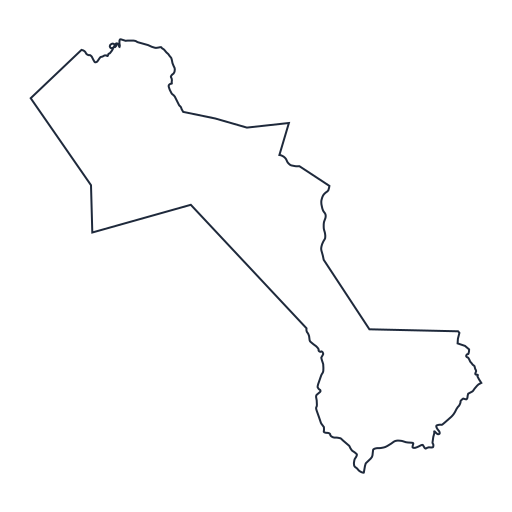 outline of Concepción, Copán, Honduras
{"feature_id": "27666195B32287838652437", "entity_name": "Concepción", "entity_type": "district", "adm_level": 2, "iso_a3": "HND", "parent_name": "Honduras", "parent_adm1": "Copán", "projection": "orthographic", "projection_center": [-88.87, 14.863], "detail": "fine", "context": "isolated", "style": "outline", "palette": "slate", "viewbox_px": 512, "rotation_deg": 0, "n_neighbors": 0, "source": "geoboundaries", "source_scale": "gbopen_adm2", "svg_char_len": 5947}
<svg xmlns="http://www.w3.org/2000/svg" viewBox="0 0 512 512"><path d="M481.3,382.9L479.0,379.3L477.5,376.5L477.5,376.0L477.8,375.4L477.8,375.0L477.5,374.8L477.0,374.7L475.7,374.5L475.4,374.2L475.3,373.8L475.3,373.4L476.1,371.3L476.1,370.9L475.8,370.0L475.2,368.9L474.5,366.2L473.8,365.5L472.7,364.7L471.6,363.2L470.4,361.9L470.1,361.4L469.1,359.2L468.2,357.7L467.3,357.3L466.9,357.1L466.5,356.7L466.2,356.2L466.2,355.8L466.3,355.4L466.7,354.7L467.3,354.2L468.2,354.0L468.5,353.6L469.0,351.5L469.1,349.4L465.0,345.9L457.6,343.4L457.9,338.8L459.4,332.9L458.1,331.3L369.4,329.3L323.7,259.8L322.8,255.5L321.4,250.5L321.2,249.2L321.2,248.1L321.5,246.3L322.1,244.2L323.3,241.5L324.8,239.0L325.1,238.3L325.2,237.6L325.3,235.9L325.1,234.0L324.8,232.4L324.1,230.0L323.8,228.6L323.7,227.0L323.7,224.6L323.8,223.3L324.0,222.0L324.4,220.8L325.4,218.1L325.6,217.1L325.7,216.0L325.6,214.9L325.3,214.0L324.9,213.2L323.9,211.9L323.3,211.0L322.8,209.9L322.3,208.4L321.9,206.6L321.4,204.2L321.3,202.6L321.3,201.2L321.5,200.0L322.2,197.5L322.7,196.3L323.2,195.3L324.0,194.2L325.0,193.2L326.2,192.2L327.5,191.3L328.4,190.1L329.1,187.6L329.4,185.9L299.4,166.2L296.8,166.3L295.4,166.2L291.3,165.4L290.2,164.9L288.8,163.7L287.7,162.5L287.1,161.4L286.1,159.2L285.5,158.4L284.9,157.7L283.6,156.6L282.1,155.8L281.0,155.3L279.4,155.0L288.9,123.0L246.9,127.6L215.3,118.5L183.2,111.9L181.7,109.3L181.1,107.6L180.8,107.0L180.3,106.4L179.4,105.6L179.0,105.0L174.8,96.6L173.7,95.3L172.2,94.1L171.6,93.4L169.8,89.9L169.2,88.2L168.7,86.6L168.7,86.1L168.7,85.6L168.9,85.1L169.2,84.7L169.8,84.2L170.5,83.8L170.9,83.7L171.6,83.7L171.8,83.5L171.8,83.0L171.7,82.0L171.9,80.3L171.8,79.4L171.6,78.4L171.0,77.3L170.9,76.5L171.3,75.7L171.9,74.9L172.4,74.4L173.4,73.7L174.0,72.8L174.4,72.0L174.6,71.3L174.8,69.5L174.7,68.7L174.6,68.0L173.5,65.7L172.5,63.2L171.8,59.8L171.3,58.1L171.0,57.6L169.7,56.1L168.3,54.1L166.4,52.4L164.4,50.0L163.8,49.4L162.1,48.3L161.7,47.9L161.4,47.4L161.1,47.2L160.1,47.2L158.2,47.6L156.8,47.8L155.9,47.9L154.7,47.7L151.8,46.8L148.1,45.1L138.1,42.3L137.3,42.0L136.0,41.2L135.2,40.9L133.5,40.6L131.5,40.6L127.6,40.6L125.6,40.8L120.8,39.3L120.3,39.3L119.9,39.6L119.7,40.0L119.5,40.6L119.4,43.0L119.8,45.6L119.7,46.3L119.5,46.9L119.3,46.8L118.8,45.6L118.1,44.3L117.6,43.7L117.0,43.4L116.3,43.4L115.9,43.7L115.9,44.2L116.2,45.1L116.2,45.8L116.0,46.1L115.4,46.7L115.0,47.1L114.7,47.2L114.3,47.1L114.0,46.7L114.1,46.3L114.6,45.8L114.7,45.3L114.6,44.6L114.1,44.1L113.5,43.8L112.7,43.6L111.9,43.8L111.0,44.3L110.3,44.9L110.0,45.5L109.8,46.3L110.0,47.0L110.5,47.8L111.2,48.2L111.8,48.2L112.4,47.8L112.8,47.8L113.0,48.1L112.9,48.8L112.0,50.5L110.4,52.6L109.8,53.3L108.8,53.7L108.5,53.9L108.0,55.3L107.7,55.9L107.5,56.0L107.2,56.0L106.6,55.5L106.2,55.4L104.8,55.4L104.0,55.7L103.0,56.3L102.4,56.6L100.7,57.0L100.2,57.4L99.5,58.3L97.3,61.5L96.7,61.9L96.0,62.2L95.2,62.3L94.8,62.1L94.5,61.8L93.3,59.7L91.8,56.7L91.4,56.2L90.8,55.7L90.3,55.3L89.9,55.1L88.4,55.1L87.3,54.6L86.3,53.8L85.3,52.0L84.4,51.1L83.2,50.4L81.5,49.9L30.7,98.2L91.0,185.2L92.3,232.5L190.8,204.8L306.5,328.3L306.4,329.6L306.5,330.7L306.9,331.9L308.1,333.6L308.7,335.0L309.1,336.2L309.6,340.1L309.8,340.7L310.0,341.2L310.4,341.7L311.2,342.4L313.5,344.3L316.1,346.2L316.9,347.0L317.8,348.0L318.6,349.3L318.6,350.0L318.6,350.5L318.8,350.9L319.2,351.3L319.7,351.6L320.2,351.8L320.6,351.8L321.2,351.4L321.6,351.5L321.9,351.6L322.3,351.9L322.7,352.4L323.0,353.1L323.2,353.8L323.1,354.4L321.8,356.7L321.3,357.6L321.3,357.9L321.9,360.2L322.9,363.2L323.2,364.2L323.4,368.0L323.3,370.9L323.1,371.7L322.8,372.6L321.6,374.5L321.1,375.7L318.8,382.3L318.1,384.3L317.7,386.0L317.6,386.9L317.7,387.4L318.7,388.9L319.1,389.3L319.9,389.8L320.2,390.0L320.4,390.5L320.5,391.1L320.3,391.6L320.0,392.0L316.7,394.8L316.4,395.2L316.2,395.8L316.1,396.4L316.1,397.2L316.7,400.4L316.9,404.6L316.8,406.1L316.2,407.5L316.1,408.2L316.3,409.4L316.8,411.0L319.0,417.2L320.9,422.8L321.3,423.6L323.9,427.1L324.0,429.4L324.0,430.1L323.8,431.1L323.8,431.7L324.2,432.2L325.1,432.6L325.9,432.8L327.8,432.9L328.7,433.1L329.5,433.5L330.1,434.1L330.4,435.3L330.8,435.9L331.7,436.6L332.8,437.2L333.5,437.4L334.4,437.6L336.7,437.6L338.2,437.8L340.5,438.3L341.0,438.6L343.0,440.5L349.2,445.8L349.5,446.3L350.5,448.4L351.8,450.3L352.3,450.8L354.6,452.3L356.5,453.9L356.8,454.3L356.9,454.7L356.7,455.7L356.0,457.1L354.8,458.9L354.5,459.7L354.3,460.5L353.9,463.1L354.0,464.2L354.1,465.3L354.4,466.1L355.0,466.9L357.0,468.4L358.8,470.5L359.9,471.3L361.1,472.0L362.4,472.5L363.6,472.7L363.8,472.6L365.0,465.9L365.7,463.5L366.1,463.0L370.8,458.5L371.3,457.8L371.9,457.0L372.2,456.2L372.5,455.2L372.8,452.4L373.1,450.0L373.2,449.7L373.5,449.3L374.6,448.7L376.1,448.3L377.6,448.1L379.8,448.1L380.9,448.0L383.6,447.5L385.3,447.0L387.3,446.0L391.2,443.6L393.8,441.7L395.2,441.0L397.2,440.6L398.5,440.6L399.9,440.7L401.6,440.9L402.8,441.2L405.9,442.2L408.0,442.5L411.3,442.7L412.8,442.9L413.2,443.3L413.3,443.7L412.7,445.8L412.5,447.0L412.6,447.3L412.9,447.6L413.7,447.9L414.9,447.9L416.7,447.3L418.8,446.4L420.9,445.3L421.7,445.0L422.5,444.9L422.8,445.0L423.0,445.3L424.7,448.0L425.4,448.5L425.9,448.5L427.2,447.8L428.8,447.3L431.3,447.5L432.3,447.4L432.9,447.2L433.1,446.9L433.3,446.3L433.4,445.1L433.2,444.2L432.6,443.2L432.5,442.5L433.3,436.9L434.3,433.2L434.3,432.5L434.2,431.6L434.3,431.4L434.6,431.4L436.8,433.6L437.9,434.2L438.5,434.2L439.1,434.0L439.5,433.7L439.7,433.2L439.6,432.3L439.2,431.3L437.5,429.2L436.6,427.6L436.3,426.6L436.3,426.0L436.5,425.6L437.0,425.3L438.4,424.9L440.0,424.7L441.8,424.8L442.4,424.5L444.8,422.5L451.4,416.7L452.7,415.3L453.8,413.9L455.1,411.8L456.4,409.2L457.3,407.8L458.0,406.8L458.9,405.9L459.3,405.3L459.9,404.1L460.3,403.1L460.5,402.3L460.5,401.3L460.9,400.6L462.1,399.4L463.2,398.6L463.6,398.7L464.6,399.0L465.9,399.3L466.4,399.3L466.7,399.1L467.1,398.5L467.4,397.8L467.7,395.5L468.2,393.7L472.3,391.5L473.0,390.9L474.6,388.6L477.1,385.7L478.5,384.4L481.3,382.9Z" fill="none" stroke="#1e293b" stroke-width="2"/></svg>